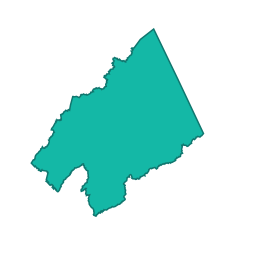 outline of Snowy Monaro, New South Wales, Australia, rotated 218°
{"feature_id": "25037944B85069153423068", "entity_name": "Snowy Monaro", "entity_type": "district", "adm_level": 2, "iso_a3": "AUS", "parent_name": "Australia", "parent_adm1": "New South Wales", "projection": "natural_earth1", "projection_center": [149.043, -36.421], "detail": "fine", "context": "isolated", "style": "filled", "palette": "teal", "viewbox_px": 256, "rotation_deg": 218, "n_neighbors": 0, "source": "geoboundaries", "source_scale": "gbopen_adm2", "svg_char_len": 5717}
<svg xmlns="http://www.w3.org/2000/svg" viewBox="0 0 256 256"><g transform="rotate(218 128 128)"><path d="M189.2,97.0L186.0,94.0L186.1,93.6L185.6,93.1L185.8,92.7L186.5,92.9L186.4,91.9L187.4,91.9L188.0,90.8L189.0,90.8L188.8,90.5L189.3,90.1L188.6,89.2L189.1,88.7L188.1,87.9L188.5,87.1L187.8,83.2L187.8,80.6L187.3,79.3L185.6,80.3L184.3,79.7L184.0,79.1L183.5,79.1L183.7,78.4L183.4,76.6L182.8,75.8L182.8,75.2L183.3,74.4L183.1,73.7L183.4,73.3L183.1,72.7L183.6,71.7L182.7,70.4L183.1,69.6L182.2,69.3L181.5,68.6L180.5,65.7L180.9,64.7L180.5,64.2L180.6,63.6L180.4,63.3L181.4,62.3L181.5,61.6L181.1,61.0L181.5,60.4L182.4,60.1L183.9,60.5L183.4,58.6L183.9,57.8L183.3,57.0L183.2,56.0L183.6,54.7L183.4,53.2L183.8,51.8L183.9,49.5L183.2,47.7L182.7,47.2L182.2,45.4L183.0,44.6L182.6,40.8L177.7,40.0L177.6,40.9L174.8,40.1L174.7,40.6L173.2,40.9L172.8,40.7L172.9,40.4L171.9,40.2L172.0,39.8L171.4,40.1L171.5,40.3L170.2,40.1L169.9,40.3L170.3,40.8L169.9,40.9L170.0,41.9L169.7,41.7L165.5,44.0L163.9,43.8L164.0,43.2L163.3,43.1L160.6,37.0L159.6,36.9L159.8,35.6L157.9,35.6L157.8,36.3L157.2,36.3L157.3,35.4L154.5,34.9L154.3,35.5L153.5,35.4L153.3,36.6L152.5,36.6L151.6,36.5L151.3,35.3L151.1,35.7L150.6,35.6L150.6,34.9L150.1,34.8L150.1,34.4L149.2,34.2L149.6,35.7L148.1,35.6L148.1,35.1L146.9,34.9L146.7,35.1L146.6,34.7L144.4,34.4L143.8,35.0L143.9,37.4L144.4,38.1L144.7,40.9L145.4,41.0L145.6,41.8L145.4,45.4L146.2,46.0L146.1,46.6L146.6,47.3L145.7,49.3L146.1,50.4L145.7,50.9L145.8,51.7L144.9,55.0L145.2,55.6L145.0,55.9L145.5,56.3L145.2,57.4L145.8,57.7L145.5,58.6L145.9,59.2L145.6,59.7L145.8,60.5L145.4,60.8L145.2,61.5L145.1,62.8L145.4,63.9L144.4,64.4L143.5,66.1L142.6,67.2L142.2,68.7L142.3,69.0L141.4,70.2L141.9,70.8L141.7,71.5L141.0,72.3L139.8,71.2L139.2,71.3L138.8,70.6L137.9,69.9L136.7,70.3L136.6,69.6L134.6,69.1L133.3,69.6L131.4,67.3L130.7,66.9L130.5,66.4L129.6,65.6L129.6,65.2L128.6,64.7L128.1,62.7L128.4,62.1L127.6,61.6L127.5,60.8L126.6,59.9L127.6,58.2L127.3,55.7L128.1,54.1L127.7,53.4L127.2,53.4L126.7,51.8L127.1,50.8L126.4,49.7L125.8,49.3L125.3,50.1L124.9,51.1L124.5,51.4L124.8,52.0L124.3,53.3L124.4,54.1L123.8,54.5L123.8,53.6L122.0,52.3L120.8,50.0L119.9,49.9L119.2,49.2L118.7,50.5L118.2,50.3L117.1,51.7L115.8,48.0L114.9,47.6L114.5,46.2L113.4,45.9L111.5,44.0L107.7,42.8L106.5,43.2L104.8,42.4L103.8,41.6L103.4,40.9L102.9,40.8L101.9,39.2L102.0,38.6L101.3,38.2L99.0,38.8L98.9,39.5L99.5,40.2L99.0,40.9L99.0,42.1L98.7,42.4L99.0,43.3L98.6,43.7L98.4,43.4L97.7,43.8L98.1,44.0L97.7,44.6L98.1,45.3L96.9,45.6L97.8,46.3L97.4,46.8L96.9,46.5L96.7,46.9L96.6,46.7L96.4,46.8L96.2,47.5L96.5,48.4L96.2,48.3L96.0,49.2L94.3,50.3L93.9,52.4L93.2,53.8L92.4,54.6L92.1,56.4L91.2,56.5L89.9,58.1L89.0,60.5L89.1,61.4L88.2,62.0L87.5,63.3L87.4,64.8L87.0,65.4L87.3,65.7L87.4,66.8L86.9,67.0L86.2,69.8L87.0,70.6L88.4,70.8L89.2,71.6L89.0,74.6L89.4,75.0L90.3,75.1L90.7,76.1L91.3,76.5L91.6,77.6L93.1,78.1L93.3,79.0L94.3,79.4L95.0,80.3L94.8,80.9L94.9,81.1L96.8,81.0L97.1,81.3L97.3,81.7L97.0,82.9L97.2,83.6L96.6,85.7L98.1,88.4L97.6,89.6L96.6,90.3L97.6,91.0L97.8,91.7L97.3,92.8L96.5,92.9L94.7,91.8L94.1,90.9L93.8,91.2L93.0,90.9L91.0,92.3L90.6,92.1L90.2,92.3L89.7,93.0L89.9,93.8L89.2,94.4L88.2,94.3L87.6,95.2L88.0,95.7L87.9,96.6L88.3,97.3L87.6,97.7L86.5,100.3L85.3,100.8L86.1,101.3L86.3,101.9L86.0,103.6L85.2,103.8L85.1,104.5L85.3,107.2L86.0,107.9L85.6,109.7L85.1,110.4L84.3,110.5L83.7,112.1L83.3,112.2L82.5,113.5L80.4,113.2L80.0,114.5L80.6,115.3L80.3,116.3L80.5,117.3L80.0,117.4L79.8,117.9L79.9,119.0L79.0,119.1L78.6,120.9L78.0,121.1L77.7,122.2L77.2,122.5L76.8,122.3L76.5,123.8L75.7,124.2L75.2,124.9L74.5,124.9L74.2,126.0L73.3,126.9L72.8,126.7L72.7,127.5L72.1,128.1L70.6,131.5L70.6,132.0L71.5,132.3L71.1,133.6L71.3,134.8L70.7,134.8L70.1,136.6L70.2,136.9L69.5,137.1L69.2,137.9L70.4,139.9L69.5,141.7L71.2,142.3L71.4,143.4L72.0,143.6L72.8,144.5L73.7,146.6L75.0,147.5L74.2,148.0L74.4,149.2L73.1,149.0L71.6,150.1L70.1,149.9L69.5,150.8L69.1,153.6L68.5,155.1L69.2,155.5L69.7,157.2L69.9,158.2L69.6,159.8L68.5,159.8L68.2,161.7L68.7,162.5L68.0,163.5L67.9,164.3L65.7,165.2L65.7,166.2L65.2,167.2L65.1,170.1L118.7,197.1L168.7,221.8L172.8,205.4L172.5,194.8L174.3,193.2L174.2,192.6L172.2,192.7L172.4,191.7L172.1,190.8L172.6,190.5L171.0,189.8L170.9,188.7L170.4,187.9L171.0,186.2L171.1,183.5L171.6,182.9L170.8,182.0L171.1,181.0L170.7,180.6L171.1,180.3L170.9,180.0L171.1,179.1L170.6,178.6L171.4,178.3L172.7,178.6L173.3,177.2L173.9,177.4L174.1,177.0L175.0,176.7L177.0,177.0L177.0,176.2L178.2,175.6L179.0,176.3L179.6,176.1L179.6,175.6L181.9,175.3L181.9,174.7L182.6,173.7L181.9,172.6L180.3,172.4L179.9,171.3L180.5,169.8L180.3,169.1L179.2,169.6L178.6,168.0L178.1,168.4L176.4,168.1L176.1,167.6L176.1,167.3L176.9,166.7L176.1,165.4L177.9,163.3L177.8,162.5L177.4,162.4L177.3,161.5L178.0,161.0L178.0,160.4L177.1,160.2L176.7,159.5L176.2,159.2L176.9,158.9L177.2,157.9L177.9,157.7L177.6,156.6L177.9,156.0L177.5,155.7L178.0,154.9L178.5,154.8L178.2,154.3L178.5,154.2L178.1,153.7L178.2,153.2L177.5,153.1L176.3,153.4L175.7,153.0L174.0,153.6L173.6,152.7L174.0,152.2L173.8,151.7L172.5,150.6L172.8,149.9L172.2,148.4L170.8,147.4L171.5,146.5L171.7,145.3L171.4,145.3L171.3,144.0L172.4,142.8L172.4,142.2L173.2,142.4L175.1,141.6L175.6,141.9L175.7,141.4L176.3,141.0L176.5,140.1L177.0,139.9L177.7,140.1L178.2,139.0L178.1,138.2L178.8,137.9L179.1,137.3L178.8,135.3L177.8,135.2L178.5,134.4L178.5,133.9L179.4,133.2L178.9,132.6L179.0,131.9L180.3,129.0L180.8,128.6L181.4,128.9L181.6,128.4L182.8,127.6L184.0,127.4L184.4,126.2L185.5,125.6L185.6,124.8L185.0,124.3L185.2,121.9L188.0,121.2L189.7,119.3L190.6,119.1L190.9,118.8L187.5,110.8L185.0,106.1L186.0,106.1L186.4,105.4L186.0,104.1L188.0,103.6L188.0,102.0L188.4,101.4L188.0,99.4L188.3,99.2L188.4,98.0L188.9,97.9L189.2,97.0Z" fill="#14b8a6" stroke="#0f766e" stroke-width="1.5"/></g></svg>